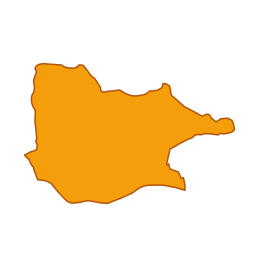 Hayfan, Ta`izz, Yemen, rotated 84°
{"feature_id": "15242507B40276066562734", "entity_name": "Hayfan", "entity_type": "district", "adm_level": 2, "iso_a3": "YEM", "parent_name": "Yemen", "parent_adm1": "Ta`izz", "projection": "equal_earth", "projection_center": [44.261, 13.291], "detail": "fine", "context": "isolated", "style": "filled", "palette": "amber", "viewbox_px": 256, "rotation_deg": 84, "n_neighbors": 0, "source": "geoboundaries", "source_scale": "gbopen_adm2", "svg_char_len": 3484}
<svg xmlns="http://www.w3.org/2000/svg" viewBox="0 0 256 256"><g transform="rotate(84 128 128)"><path d="M90.2,131.1L89.3,132.6L89.5,138.6L89.6,139.6L89.3,143.4L89.8,146.4L89.8,148.0L89.8,149.2L88.2,150.8L88.0,151.0L83.9,151.5L76.9,155.1L76.2,155.5L74.9,156.2L74.7,156.7L74.5,156.9L73.2,158.4L70.9,160.1L69.7,160.7L68.4,161.4L67.8,161.8L67.2,162.2L65.6,163.1L64.1,163.9L61.7,165.5L60.6,167.0L60.2,170.2L61.6,171.6L62.9,174.8L62.2,180.9L60.3,185.5L58.5,187.2L56.1,200.4L55.4,204.3L55.2,205.5L55.4,209.4L55.5,210.1L56.7,212.6L56.8,212.7L56.9,212.9L57.9,213.6L58.5,214.0L59.7,214.1L60.9,213.4L61.9,213.3L63.6,213.5L65.1,214.3L65.3,214.3L65.9,214.7L66.1,214.8L69.8,216.6L70.0,216.6L71.6,217.1L71.9,217.0L73.3,217.0L77.7,216.7L80.9,217.5L81.1,217.5L81.5,217.6L82.1,217.9L82.7,218.2L83.1,218.5L84.8,219.7L85.1,219.8L86.8,220.7L90.7,221.2L94.0,221.0L94.2,220.9L95.0,220.7L96.0,220.4L97.6,219.9L98.6,219.4L99.4,219.0L100.9,218.5L103.2,218.6L106.7,219.1L112.3,219.9L119.7,219.8L123.0,219.8L124.4,219.7L124.5,219.7L125.9,219.8L128.7,219.9L130.6,220.7L131.2,221.0L131.4,221.0L131.5,221.2L132.2,221.2L133.0,220.9L133.5,220.5L134.1,220.2L134.7,220.1L135.4,220.1L136.1,220.2L137.4,220.4L139.1,221.0L140.0,221.7L140.8,223.2L141.2,225.0L141.6,227.4L142.0,228.8L142.5,229.7L142.9,230.5L143.1,230.8L143.5,231.7L143.5,232.2L143.6,233.0L144.2,233.6L145.3,232.9L146.7,231.9L147.4,231.3L148.1,230.7L149.0,229.7L149.6,229.5L150.4,229.5L151.8,228.8L153.9,228.3L155.7,227.1L155.8,227.0L156.6,226.5L157.8,226.1L158.8,226.1L161.0,225.6L162.5,225.4L164.4,224.3L165.2,224.4L165.8,224.5L168.3,223.7L170.0,223.2L171.0,218.9L171.8,215.4L174.0,211.9L175.1,210.1L175.3,210.0L176.2,209.6L184.3,204.2L188.0,201.4L189.5,200.3L190.6,199.4L194.0,196.6L195.5,194.7L196.4,192.8L197.0,190.0L196.9,184.0L196.2,178.2L196.2,174.5L198.2,167.7L199.9,161.9L200.3,159.3L200.8,156.1L198.8,148.9L197.7,144.9L197.3,143.2L196.0,139.4L195.7,138.4L193.9,132.8L193.8,132.4L193.5,131.6L193.3,131.0L192.5,129.5L192.3,129.2L192.1,128.9L192.0,128.7L190.7,126.4L190.4,125.8L189.8,124.8L189.1,123.7L188.8,122.8L188.3,121.3L187.5,118.8L187.4,118.5L187.4,117.8L187.0,113.5L187.0,112.9L187.2,111.1L187.4,109.3L187.9,104.8L188.3,101.0L189.0,96.9L190.3,93.1L190.4,92.9L190.7,92.0L190.8,91.4L192.3,86.6L193.6,83.5L195.5,78.8L195.8,77.9L193.3,77.6L190.9,77.3L183.3,78.1L183.6,80.3L177.1,82.5L173.0,90.6L168.0,91.4L168.8,93.1L167.9,93.4L153.4,88.4L150.7,82.2L149.4,79.4L147.3,74.1L146.4,71.9L146.0,70.8L145.5,69.6L145.3,68.9L144.7,66.4L144.6,65.9L144.4,65.4L142.5,62.5L141.9,61.7L141.8,60.0L141.7,58.8L142.4,57.0L141.7,52.1L141.8,51.8L142.4,47.5L142.8,45.1L144.3,39.3L142.9,36.4L143.8,34.1L143.8,31.1L143.7,29.7L143.2,26.3L143.0,25.1L141.4,23.0L140.9,22.4L140.7,22.4L139.4,22.4L138.9,22.4L134.7,22.7L134.0,22.9L132.2,23.6L131.3,23.9L131.2,24.0L130.0,25.8L128.6,27.9L128.6,34.9L130.4,38.2L131.2,39.6L127.6,43.4L127.5,43.6L126.8,43.9L123.3,45.7L123.1,46.4L122.4,48.2L123.3,51.0L124.0,52.8L122.1,55.7L121.8,56.1L120.8,57.6L120.2,58.4L118.6,60.9L116.7,63.6L116.2,64.4L116.1,64.7L115.7,65.1L113.8,68.0L112.8,69.5L112.7,69.7L110.0,72.2L109.9,72.2L109.7,72.5L108.4,73.6L101.8,79.7L101.7,79.8L101.4,80.1L101.2,80.3L99.7,81.7L97.2,81.7L96.3,81.7L95.3,81.7L91.9,82.1L91.2,82.2L90.4,82.3L88.2,85.5L87.8,86.0L87.8,88.8L90.7,89.4L91.7,90.6L93.2,94.0L93.9,97.7L93.4,101.7L93.9,103.3L95.4,105.4L96.6,108.6L96.7,111.5L96.8,113.1L97.0,115.4L96.6,120.0L95.1,123.7L94.2,125.6L91.4,129.8L90.7,130.2L90.2,131.1Z" fill="#f59e0b" stroke="#b45309" stroke-width="1.5"/></g></svg>